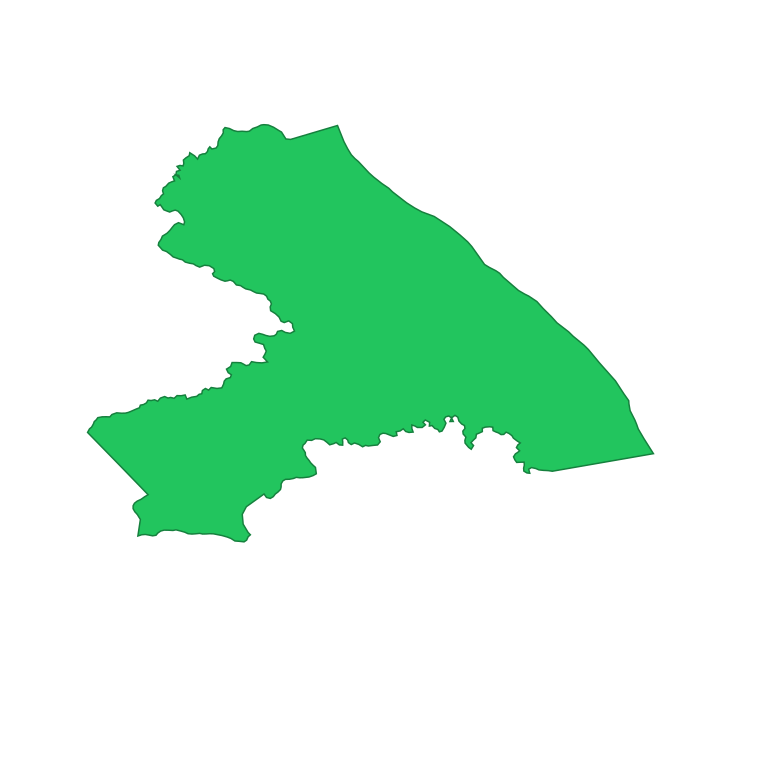 Itaubal, Amapá, Brazil, rotated 290°
{"feature_id": "56859067B9451495458128", "entity_name": "Itaubal", "entity_type": "district", "adm_level": 2, "iso_a3": "BRA", "parent_name": "Brazil", "parent_adm1": "Amapá", "projection": "natural_earth1", "projection_center": [-50.683, 0.49], "detail": "fine", "context": "isolated", "style": "filled", "palette": "green", "viewbox_px": 768, "rotation_deg": 290, "n_neighbors": 0, "source": "geoboundaries", "source_scale": "gbopen_adm2", "svg_char_len": 5705}
<svg xmlns="http://www.w3.org/2000/svg" viewBox="0 0 768 768"><g transform="rotate(290 384 384)"><path d="M449.2,620.9L452.0,619.7L457.0,612.5L466.1,600.4L477.6,579.1L486.3,564.3L488.9,558.6L493.6,545.3L496.2,539.6L500.6,525.7L504.4,518.5L509.4,507.7L513.8,499.4L514.9,494.9L516.1,490.0L516.6,485.4L517.9,478.3L525.0,459.7L527.6,454.8L528.7,450.3L529.6,443.0L530.7,437.6L543.2,419.5L546.1,414.2L550.0,404.5L554.4,391.9L558.6,373.9L558.7,360.7L559.9,352.6L562.0,343.2L567.4,326.4L569.6,321.5L571.6,313.6L574.9,303.5L577.2,297.8L584.3,283.8L585.8,279.7L588.2,274.9L592.6,269.4L598.0,263.5L611.0,251.9L581.9,212.6L580.7,208.0L585.7,201.5L586.2,198.6L587.5,192.4L587.8,186.7L586.6,182.4L585.3,179.9L582.3,177.1L579.2,173.3L575.5,171.0L574.2,168.6L573.0,164.3L571.2,160.1L570.7,156.1L571.2,151.4L570.6,146.9L567.9,145.9L565.0,147.1L561.6,146.5L558.3,145.3L554.8,145.3L551.2,146.3L548.3,145.5L546.0,141.9L547.3,139.2L544.9,138.4L542.1,138.6L539.3,137.4L538.1,134.8L535.9,132.3L531.6,131.9L533.6,128.0L534.9,122.4L531.9,122.9L528.6,120.4L525.8,118.9L522.9,120.4L520.2,120.6L519.6,117.5L517.7,115.1L515.1,119.3L512.8,116.3L509.4,116.9L506.6,114.7L503.2,117.7L501.5,115.5L499.1,113.0L495.1,111.4L492.9,109.6L489.9,109.8L487.2,111.8L485.0,110.4L481.5,109.6L478.7,107.3L475.8,107.0L473.7,110.6L476.0,112.4L474.0,115.3L472.4,117.5L472.3,120.6L472.3,123.8L474.3,126.0L476.0,128.3L476.0,131.3L473.9,135.4L471.5,138.6L468.1,141.2L465.2,141.4L465.3,135.7L462.1,132.7L458.9,131.5L455.2,130.3L451.5,128.6L449.3,126.9L447.2,125.2L443.5,125.0L440.0,124.0L437.2,124.4L435.7,127.2L434.1,130.1L434.1,134.3L432.9,138.4L431.3,142.4L431.4,145.9L431.4,149.0L431.8,152.1L430.6,155.5L431.0,160.1L431.7,163.8L431.0,166.8L430.8,170.8L434.2,174.7L435.4,179.4L434.3,184.6L431.7,186.4L429.0,185.2L427.1,187.1L426.5,191.3L426.1,195.2L426.2,199.4L427.5,201.7L429.1,203.9L428.9,207.3L426.6,211.4L427.4,215.6L426.7,218.3L426.1,221.5L426.7,226.4L426.2,229.8L425.9,233.1L426.7,236.6L427.4,240.2L426.4,243.6L424.0,245.9L423.0,248.9L420.7,250.8L417.5,250.7L414.1,252.4L413.0,257.8L411.0,262.5L407.8,265.8L407.6,269.2L410.7,272.9L409.4,277.3L406.2,278.8L403.1,281.8L399.5,278.5L398.7,273.5L399.3,269.6L397.0,266.0L393.9,265.8L391.7,264.3L389.7,260.3L389.2,256.4L389.2,253.2L388.8,249.1L385.6,245.9L381.8,246.1L379.4,248.5L379.7,253.0L379.9,257.3L376.8,259.7L374.7,262.1L371.2,261.9L367.8,261.3L366.3,264.3L364.9,267.0L362.1,262.1L360.5,256.7L359.7,251.9L355.8,250.8L354.1,248.1L354.6,245.3L355.0,242.2L353.7,238.0L352.2,233.9L348.0,233.9L344.1,230.9L341.4,233.7L340.5,237.4L337.5,237.4L334.8,233.9L332.0,232.9L329.1,233.3L324.9,232.9L322.7,228.6L321.6,222.8L318.3,221.3L318.7,217.7L315.8,215.6L312.5,216.1L311.1,213.8L308.3,212.2L305.8,207.7L302.4,203.9L305.7,200.9L303.6,197.4L302.3,193.5L298.8,191.7L298.4,188.1L296.9,185.8L297.2,182.2L294.3,178.7L290.4,177.3L290.7,173.9L288.8,170.8L288.1,167.8L285.0,167.2L282.5,165.1L280.8,162.3L278.0,162.3L275.7,159.7L273.4,157.3L271.6,155.4L269.8,153.4L268.1,150.8L266.7,147.1L265.5,142.7L262.3,138.8L259.3,137.6L258.2,134.1L256.7,130.3L254.5,126.6L251.8,125.8L249.6,124.6L247.1,124.6L243.5,124.0L241.1,122.6L237.1,122.0L217.3,163.2L199.3,200.2L196.1,197.6L192.6,195.2L189.5,192.1L186.6,190.3L183.8,189.9L181.0,190.9L178.7,193.6L176.9,197.0L175.1,199.2L173.4,201.4L157.0,204.7L159.5,207.9L161.0,211.2L161.6,214.5L162.2,218.5L163.9,221.5L166.5,222.4L169.4,224.4L171.5,227.4L172.9,231.5L174.2,235.8L175.8,238.4L176.3,243.1L176.6,247.5L176.3,251.0L177.3,254.8L178.9,258.4L180.6,261.9L181.0,264.9L182.3,268.2L183.7,271.4L184.9,275.1L185.5,279.1L186.2,283.6L186.6,289.1L186.5,293.0L185.5,297.6L186.7,301.9L187.8,306.5L190.3,308.3L194.0,308.6L196.6,310.0L198.0,307.1L204.1,299.6L213.0,295.4L221.6,296.6L239.6,308.9L237.2,312.4L237.6,316.3L240.3,318.5L243.5,319.5L246.2,321.3L249.5,322.8L252.1,322.5L255.0,321.5L258.4,322.1L260.7,324.0L262.2,327.8L264.3,331.3L266.3,333.5L267.0,336.7L268.1,339.6L269.4,342.2L271.0,345.4L273.7,348.7L276.5,351.1L282.2,348.1L283.5,344.9L284.9,342.0L286.5,339.8L288.2,336.9L289.9,334.7L292.6,333.5L294.4,331.3L295.9,329.2L298.8,328.8L301.2,330.1L305.0,331.0L306.3,335.3L309.1,338.1L310.5,342.6L310.9,346.5L309.7,350.3L308.3,353.8L310.8,357.2L312.7,359.0L311.5,362.9L312.4,366.1L315.6,365.0L318.0,363.7L320.1,365.9L319.0,369.0L316.8,370.6L315.9,373.9L318.5,376.5L318.6,381.1L317.7,385.4L320.0,387.6L320.4,390.5L322.3,394.2L324.5,398.8L328.4,400.2L331.7,397.2L335.2,397.4L337.4,399.8L338.1,402.5L338.0,406.7L337.9,410.6L340.1,413.8L343.3,411.8L345.4,415.2L348.5,417.4L346.8,420.7L347.0,424.0L348.8,427.8L351.7,425.4L355.0,424.2L355.1,427.4L354.6,430.2L356.2,434.7L359.8,436.9L361.4,433.7L364.3,435.1L363.6,440.0L360.0,441.0L361.4,443.4L359.6,446.9L359.7,450.1L358.0,452.4L359.6,454.6L363.8,455.4L368.4,455.6L371.3,452.4L374.2,453.2L376.1,455.8L375.3,459.1L378.8,461.4L378.1,464.7L374.8,467.1L373.0,470.6L372.5,473.8L369.9,475.3L366.7,474.2L364.1,475.5L362.1,479.1L358.7,479.3L356.2,480.4L353.4,485.2L352.5,488.3L356.8,489.2L358.6,485.8L361.9,487.2L364.8,488.7L368.4,488.0L370.5,490.3L372.9,492.7L376.0,491.5L378.1,493.9L380.0,498.0L380.6,501.0L377.5,502.4L377.2,505.3L377.2,508.3L376.5,511.3L377.6,513.8L380.5,515.2L380.3,518.4L379.2,521.9L377.4,524.1L376.0,528.6L375.2,532.2L372.5,530.6L369.5,530.2L367.6,534.3L365.3,532.9L363.3,531.4L359.9,530.6L357.5,532.9L355.7,535.5L357.3,539.3L358.5,542.4L355.7,543.6L352.6,544.0L350.0,545.2L349.3,548.7L350.0,551.5L353.4,549.1L355.9,551.1L356.5,555.6L356.3,559.0L357.3,563.1L358.8,568.0L359.6,572.0L410.7,661.0L421.5,647.0L428.7,638.3L432.6,635.1L436.0,632.0L443.1,624.4L449.2,620.9ZM509.4,116.9L509.9,119.8L507.7,121.5L509.4,116.9ZM375.3,459.1L371.3,458.8L372.5,461.9L375.3,459.1Z" fill="#22c55e" stroke="#15803d" stroke-width="1.5"/></g></svg>